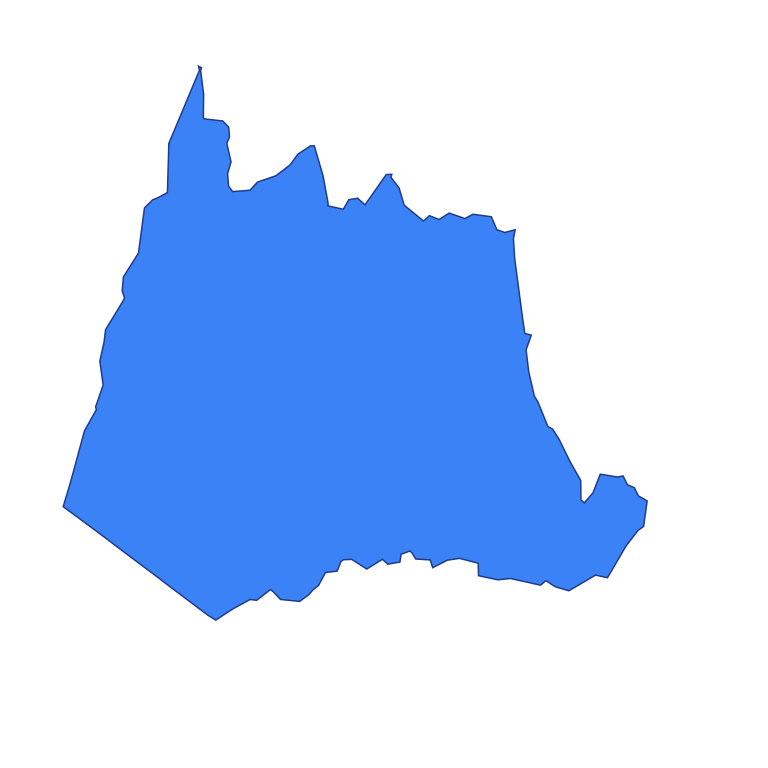 Toa Alta, Puerto Rico (Equal Earth projection), rotated 193°
{"feature_id": "32010507B81379947560815", "entity_name": "Toa Alta", "entity_type": "district", "adm_level": 2, "iso_a3": "PRI", "parent_name": "Puerto Rico", "parent_adm1": "", "projection": "equal_earth", "projection_center": [-66.251, 18.359], "detail": "fine", "context": "isolated", "style": "filled", "palette": "blue", "viewbox_px": 768, "rotation_deg": 193, "n_neighbors": 0, "source": "geoboundaries", "source_scale": "gbopen_adm2", "svg_char_len": 1850}
<svg xmlns="http://www.w3.org/2000/svg" viewBox="0 0 768 768"><g transform="rotate(193 384 384)"><path d="M171.7,225.0L157.4,224.1L134.9,245.4L122.7,245.5L111.6,281.0L103.5,298.5L99.0,303.7L101.3,329.3L111.0,332.2L116.8,339.3L124.1,340.6L130.4,348.2L135.5,345.9L153.0,344.8L155.9,325.0L162.1,313.2L166.0,315.4L170.6,334.3L185.0,349.9L201.1,369.7L209.7,378.1L214.7,379.4L230.2,401.4L234.8,406.0L245.9,428.9L253.2,449.2L251.5,464.8L258.1,464.9L262.9,477.0L284.8,535.4L290.6,554.8L290.9,563.8L300.4,558.8L308.7,559.7L317.0,571.1L335.5,569.4L342.4,563.4L358.9,565.2L367.4,556.7L377.7,558.2L382.1,551.7L404.5,562.7L413.4,578.4L423.6,586.8L423.6,590.1L428.9,588.6L442.8,554.3L451.5,559.1L459.7,555.7L463.0,545.1L478.7,545.0L479.1,547.5L490.2,573.1L505.5,600.4L509.1,599.6L519.6,588.6L524.9,576.2L536.2,562.6L552.7,552.3L558.1,542.7L574.8,537.4L580.0,542.0L583.7,553.5L583.0,566.0L591.3,583.1L590.1,590.0L593.1,599.3L600.3,604.0L618.8,601.9L620.0,603.2L624.9,625.7L633.2,648.3L632.9,651.1L636.2,651.9L634.4,648.1L643.5,594.8L647.8,570.0L646.2,562.3L638.1,521.8L646.0,514.8L650.9,511.3L657.0,501.7L652.7,456.3L662.0,429.7L660.0,415.7L656.4,409.9L656.3,408.9L657.2,405.3L667.5,374.5L666.2,362.0L666.0,342.3L663.6,336.0L657.4,319.8L659.4,300.8L659.9,297.0L658.5,294.3L665.3,271.0L667.4,216.8L667.6,213.5L669.0,192.3L632.0,176.3L594.6,159.6L556.7,142.9L556.7,142.7L503.4,119.0L494.8,116.1L481.1,130.5L466.0,143.9L459.4,144.6L448.5,158.1L445.6,156.9L436.4,150.8L417.3,153.2L409.9,161.7L406.8,167.6L402.5,173.0L398.6,187.2L387.6,191.1L386.0,201.4L384.0,203.6L376.0,205.9L359.2,199.8L346.1,212.8L339.7,209.3L328.4,214.1L329.1,222.0L321.1,227.1L318.8,225.8L313.8,220.6L299.4,223.0L295.2,216.0L282.6,226.6L271.2,231.1L251.9,230.6L248.8,218.5L229.0,218.8L217.2,222.9L186.2,223.2L182.0,228.8L171.7,225.0Z" fill="#3b82f6" stroke="#1e3a8a" stroke-width="1.5"/></g></svg>